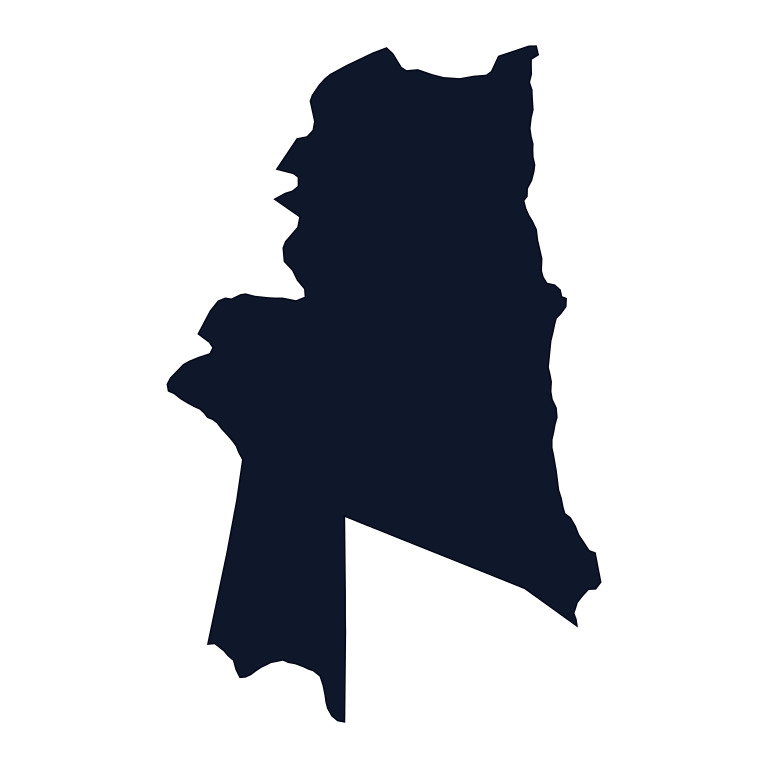 Catolé do Rocha, Paraíba, Brazil
{"feature_id": "56859067B20984323876399", "entity_name": "Catolé do Rocha", "entity_type": "district", "adm_level": 2, "iso_a3": "BRA", "parent_name": "Brazil", "parent_adm1": "Paraíba", "projection": "equal_earth", "projection_center": [-37.705, -6.33], "detail": "fine", "context": "isolated", "style": "filled", "palette": "ink", "viewbox_px": 768, "rotation_deg": 0, "n_neighbors": 0, "source": "geoboundaries", "source_scale": "gbopen_adm2", "svg_char_len": 2337}
<svg xmlns="http://www.w3.org/2000/svg" viewBox="0 0 768 768"><path d="M274.7,199.2L300.0,216.8L297.9,227.4L285.7,241.6L283.2,248.0L284.4,261.4L292.8,270.4L297.4,280.0L304.8,288.9L305.4,297.2L296.1,301.0L282.7,298.3L275.2,298.3L267.8,297.9L254.8,296.5L245.6,294.1L240.8,294.8L231.5,299.2L225.2,298.3L218.3,301.1L210.4,311.0L198.3,333.9L209.4,342.2L213.1,347.7L209.9,353.9L199.1,357.4L190.0,361.1L183.6,364.6L170.6,378.0L167.3,384.2L168.5,391.0L174.3,393.5L180.7,398.6L186.9,402.4L194.0,406.3L199.9,408.9L204.2,412.8L207.6,417.3L212.7,419.3L217.2,422.7L221.6,428.5L227.7,435.1L232.8,441.0L236.4,446.1L238.7,452.0L242.8,459.6L236.9,500.1L227.0,553.1L207.9,644.1L214.8,643.5L224.1,650.8L228.0,655.5L233.6,660.3L236.1,669.5L240.0,677.4L245.4,676.9L250.7,674.5L256.3,670.3L261.5,666.9L266.1,664.8L270.7,662.4L277.3,661.1L282.9,659.9L288.3,662.3L295.1,663.5L303.3,666.5L308.5,669.0L313.3,670.6L320.2,676.1L323.2,685.3L325.1,694.7L326.1,702.0L327.8,708.4L331.9,715.8L337.7,720.6L344.5,721.9L345.4,632.2L345.2,617.4L345.2,596.1L344.4,516.0L360.8,522.7L499.4,578.2L524.9,588.5L577.0,626.0L575.9,619.0L573.7,613.5L577.2,602.3L582.8,595.3L588.5,589.2L595.6,588.9L600.7,582.2L595.1,553.0L589.0,550.7L582.9,541.3L578.5,534.8L575.2,526.2L570.4,518.0L564.7,513.6L562.9,507.3L561.1,498.3L558.5,490.1L556.1,470.8L553.3,454.8L551.8,447.8L551.8,439.6L553.5,432.3L554.8,424.8L556.9,417.3L556.1,408.0L552.0,399.4L550.7,391.4L551.2,381.7L549.9,374.9L548.1,367.4L550.7,341.1L553.0,331.6L554.3,325.1L556.1,318.2L560.6,313.7L565.8,306.6L566.2,298.5L561.6,296.9L560.1,290.0L554.6,285.1L546.8,283.4L543.0,277.2L541.2,270.7L541.7,258.7L539.0,246.7L537.5,240.5L536.2,229.5L532.1,221.0L528.8,215.7L525.7,208.8L523.6,200.6L527.0,196.4L527.2,188.5L531.5,180.4L533.8,171.4L534.6,164.8L532.9,157.2L532.6,150.3L532.8,143.9L531.0,136.7L529.8,128.4L531.0,117.8L532.9,109.7L532.1,97.4L531.8,89.8L529.3,82.3L531.3,74.1L531.1,67.1L531.1,59.2L538.2,54.8L536.2,46.1L529.0,46.2L498.6,56.4L491.5,71.7L486.4,75.4L473.9,76.4L459.8,78.9L443.5,77.8L432.0,74.8L417.7,69.9L406.4,70.9L401.1,67.5L392.9,54.0L386.5,48.0L373.2,53.0L347.2,65.4L330.6,74.4L325.0,78.9L319.4,85.1L312.4,95.4L310.4,101.2L314.8,121.4L313.2,130.4L307.1,136.9L297.1,138.9L276.8,169.2L293.3,173.4L298.4,177.1L298.4,186.5L292.3,191.3L285.4,193.4L274.7,199.2Z" fill="#0f172a" stroke="#020617" stroke-width="1.5"/></svg>